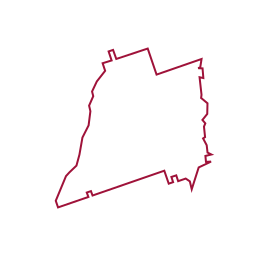 the district of Appling, Georgia, United States of America, rotated 71°
{"feature_id": "52423323B88346706041941", "entity_name": "Appling", "entity_type": "district", "adm_level": 2, "iso_a3": "USA", "parent_name": "United States of America", "parent_adm1": "Georgia", "projection": "robinson", "projection_center": [-82.264, 31.719], "detail": "fine", "context": "isolated", "style": "outline", "palette": "rose", "viewbox_px": 256, "rotation_deg": 71, "n_neighbors": 0, "source": "geoboundaries", "source_scale": "gbopen_adm2", "svg_char_len": 814}
<svg xmlns="http://www.w3.org/2000/svg" viewBox="0 0 256 256"><g transform="rotate(71 128 128)"><path d="M206.7,87.7L188.3,74.0L186.8,60.4L185.4,65.3L179.6,63.9L180.2,57.8L177.1,60.8L169.9,59.2L162.3,60.4L161.7,58.1L151.4,55.7L148.8,53.4L144.6,55.0L140.5,48.5L130.5,44.8L123.4,49.1L120.6,47.7L103.3,43.8L105.3,40.5L95.9,38.1L94.3,42.2L94.1,39.9L86.7,36.0L86.8,83.6L59.3,83.5L58.9,116.6L49.3,116.7L49.3,121.4L58.8,121.5L58.5,130.9L66.5,131.0L73.8,142.3L81.8,150.1L86.6,150.5L94.2,157.5L99.9,158.1L112.7,164.4L122.2,174.2L137.4,182.6L146.8,189.0L150.9,197.9L153.3,202.3L173.3,220.0L180.3,220.0L180.3,187.9L175.6,188.0L175.6,183.6L180.3,183.5L180.2,113.3L180.2,107.6L193.9,107.6L193.9,103.0L188.4,102.9L188.5,97.8L194.6,97.9L194.6,89.9L198.6,86.9L206.7,87.7Z" fill="none" stroke="#9f1239" stroke-width="2"/></g></svg>